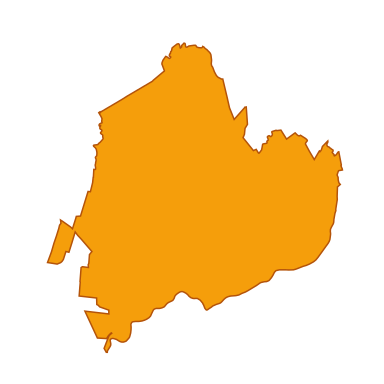 the district of Mosnita Noua, Timis, Romania, rotated 353°
{"feature_id": "2599482B38948960386804", "entity_name": "Mosnita Noua", "entity_type": "district", "adm_level": 2, "iso_a3": "ROU", "parent_name": "Romania", "parent_adm1": "Timis", "projection": "orthographic", "projection_center": [21.343, 45.72], "detail": "fine", "context": "isolated", "style": "filled", "palette": "amber", "viewbox_px": 384, "rotation_deg": 353, "n_neighbors": 0, "source": "geoboundaries", "source_scale": "gbopen_adm2", "svg_char_len": 5965}
<svg xmlns="http://www.w3.org/2000/svg" viewBox="0 0 384 384"><g transform="rotate(353 192 192)"><path d="M313.3,267.7L318.7,261.8L319.6,260.9L321.2,259.1L322.3,257.5L323.1,255.9L324.3,251.3L324.5,250.0L324.5,248.0L324.8,246.2L325.2,245.3L326.3,243.6L328.4,240.7L329.0,239.2L329.5,236.5L331.3,230.6L332.5,228.1L332.6,226.6L335.3,217.1L335.5,214.2L337.0,204.7L340.1,202.6L338.9,200.7L338.6,197.8L338.8,195.3L338.1,192.9L338.1,192.7L339.5,189.7L340.2,188.7L344.0,188.5L343.9,187.2L343.2,184.9L343.3,183.8L343.2,183.7L343.5,183.3L342.6,170.0L342.2,170.0L341.6,170.4L339.8,172.5L338.4,173.3L337.9,173.5L337.6,173.4L337.5,173.2L337.6,172.4L337.4,171.9L336.5,170.8L336.0,169.6L336.7,169.0L336.9,168.7L337.1,167.9L337.1,167.6L336.5,167.0L335.7,166.5L335.2,165.8L334.2,165.0L333.8,164.3L332.1,163.3L331.7,162.5L331.6,161.7L331.8,160.8L332.0,160.3L332.5,159.8L332.9,159.0L333.0,158.6L333.0,157.9L327.0,162.7L326.1,164.7L325.6,165.8L324.8,166.8L323.8,167.7L323.6,167.6L323.7,166.9L323.5,166.7L323.4,166.8L317.3,174.7L313.4,165.7L310.5,158.3L310.6,157.6L310.9,157.0L312.7,155.2L312.7,154.9L312.4,154.0L311.1,152.6L306.6,148.9L305.3,149.4L305.0,149.3L304.3,149.0L303.5,148.3L301.6,145.9L300.9,146.2L292.3,151.0L287.8,141.4L283.6,141.4L283.1,141.0L282.8,141.0L279.0,141.7L278.7,141.8L278.6,142.0L278.5,142.4L278.8,144.0L278.8,144.5L278.6,145.1L278.3,145.7L277.6,146.3L277.1,146.6L276.6,146.5L276.2,146.0L275.4,145.5L274.5,145.7L274.0,146.0L273.6,146.3L273.5,147.1L273.9,148.2L274.0,149.2L274.0,149.6L273.8,150.0L272.9,150.4L272.6,150.7L272.5,151.0L272.5,152.2L272.3,152.5L272.1,152.7L271.5,152.8L269.1,152.9L268.1,153.1L267.8,153.6L267.1,156.0L266.2,158.7L263.5,161.5L263.1,161.6L262.7,161.4L260.9,157.5L258.0,158.4L249.3,144.3L251.1,141.1L252.4,135.3L255.3,131.6L256.2,114.2L254.7,114.3L254.6,114.6L242.7,125.1L239.5,113.1L238.7,105.4L238.5,103.3L236.3,83.6L235.3,83.6L232.1,81.5L231.7,81.1L230.8,80.0L230.2,78.9L228.9,75.5L227.7,70.6L227.0,69.3L226.8,68.3L226.8,66.8L227.4,64.1L227.5,63.0L227.5,58.6L227.4,57.7L226.9,56.3L226.1,55.1L225.2,54.0L224.2,52.6L223.7,52.1L222.6,51.2L221.6,49.7L220.4,48.8L220.0,49.5L219.8,49.7L219.1,50.0L218.6,50.0L216.5,49.6L215.4,49.2L214.5,48.7L214.2,48.3L213.7,47.1L213.4,46.8L212.0,46.6L206.7,46.7L205.0,47.5L204.5,47.6L204.1,47.5L203.6,47.2L203.4,46.5L203.3,44.2L203.1,43.7L202.8,43.4L202.0,43.3L201.0,44.3L199.7,45.2L199.6,45.4L199.4,46.7L198.0,47.7L197.8,47.5L197.9,46.5L197.4,44.3L197.2,43.7L196.6,43.2L195.2,43.3L191.3,45.6L189.8,46.6L189.0,49.0L188.6,49.7L188.1,50.0L187.6,51.1L187.4,52.0L186.7,52.3L186.4,52.9L186.1,53.9L186.1,54.3L186.3,54.5L187.1,54.9L187.3,55.2L187.3,55.6L187.1,55.9L186.2,56.6L185.8,56.7L185.3,56.4L184.2,55.4L183.3,54.6L182.4,54.2L179.3,57.6L178.1,59.8L177.7,61.3L177.8,61.6L179.4,68.4L179.3,68.6L177.3,69.8L167.0,76.5L166.3,77.2L139.2,89.0L133.5,91.7L111.2,101.4L110.7,101.9L110.4,101.2L109.1,101.9L110.9,106.0L111.6,108.3L111.3,109.6L111.0,110.5L111.0,111.1L111.2,111.9L111.0,112.4L110.0,112.6L108.6,113.2L108.1,113.7L107.9,114.4L107.9,114.7L108.1,115.2L109.4,114.9L109.4,115.0L109.3,115.4L108.6,116.3L108.4,116.8L108.3,117.6L108.6,118.4L109.5,119.0L109.9,119.4L110.0,119.7L110.0,120.2L109.7,120.8L108.7,121.7L108.4,122.1L108.4,122.3L108.5,122.7L108.7,123.0L109.9,124.1L110.2,124.5L110.3,125.3L110.1,126.5L110.3,127.4L110.3,128.0L110.1,128.5L109.0,129.6L106.7,131.6L105.7,132.1L104.3,133.4L103.5,133.5L100.7,133.5L100.1,133.6L99.8,134.0L99.9,134.4L100.0,134.7L101.4,136.3L101.9,137.3L102.2,138.1L102.4,140.3L102.4,141.7L102.0,143.8L101.8,144.4L100.5,145.6L100.3,146.1L100.4,146.7L100.7,147.4L100.7,148.7L100.4,149.8L100.0,150.8L99.7,152.2L99.2,153.4L99.2,154.0L99.3,156.0L99.1,157.4L99.0,157.7L98.6,157.9L97.3,157.6L95.9,165.4L95.7,165.4L94.5,170.6L94.2,171.4L91.2,179.3L88.9,178.8L78.4,202.3L74.2,202.1L73.2,204.5L68.9,213.9L67.2,211.9L59.5,204.9L59.4,204.9L58.1,203.8L58.1,207.1L56.5,208.8L55.3,212.0L52.1,219.1L48.8,225.9L45.2,234.3L40.0,244.4L49.4,247.1L53.0,246.1L54.5,245.1L56.1,243.3L59.6,235.7L62.5,236.8L66.6,227.8L68.0,224.6L71.2,217.4L73.2,221.0L76.4,225.4L85.4,238.9L82.6,241.6L80.9,250.2L80.1,251.5L80.0,254.3L74.1,252.8L72.7,253.5L69.9,267.4L70.1,267.8L67.3,281.5L84.4,285.6L83.8,292.1L85.1,293.0L86.4,294.8L95.0,299.1L94.6,302.9L71.2,297.2L80.3,325.4L89.3,327.1L91.0,325.0L92.7,323.4L94.7,322.0L95.1,322.4L92.4,324.3L91.6,325.4L85.7,336.5L87.4,340.7L88.4,340.8L88.7,339.4L91.5,335.9L92.5,334.5L92.8,333.4L92.9,332.6L92.7,329.3L93.0,328.5L93.4,328.1L94.6,327.7L95.6,327.7L96.8,328.1L99.0,329.1L101.9,331.4L103.0,332.0L104.1,332.4L105.6,332.6L107.3,332.3L108.6,331.9L111.5,329.4L112.4,328.3L113.9,324.6L114.7,321.3L115.1,318.7L115.2,316.0L115.6,315.1L116.3,314.2L116.8,313.8L117.4,313.6L118.6,313.6L120.2,313.6L123.7,314.0L126.8,313.9L129.4,313.4L131.6,312.7L134.2,311.4L135.8,310.0L137.4,307.3L139.2,304.5L139.9,303.9L140.4,303.6L141.2,303.4L142.3,303.2L145.5,303.6L146.9,303.5L148.2,303.3L149.8,302.8L150.6,302.5L153.0,300.2L154.2,299.3L155.8,298.6L158.6,297.7L159.6,297.3L160.2,296.8L160.7,296.2L161.6,294.9L162.1,293.6L163.0,292.6L163.8,291.9L164.9,291.2L166.8,290.2L168.1,289.7L168.8,289.6L170.0,289.6L171.1,290.0L171.9,290.5L173.5,291.6L174.7,292.8L175.6,293.9L176.1,294.8L177.1,295.9L178.2,296.9L178.9,297.2L179.9,297.7L181.1,298.0L183.1,298.1L184.5,298.4L186.5,300.0L187.0,300.4L189.1,303.7L189.2,304.4L189.6,305.2L190.0,306.6L190.5,308.7L191.2,310.0L191.8,310.8L192.1,310.9L192.7,310.9L193.0,310.8L194.6,309.9L197.3,308.6L198.6,307.7L202.5,306.5L205.3,306.0L206.7,305.6L207.9,304.8L210.7,302.4L212.5,301.2L214.0,300.6L215.0,300.3L217.1,300.0L218.3,300.0L223.0,300.2L226.0,299.9L229.2,298.7L232.8,297.8L235.6,296.7L245.3,292.3L248.4,290.6L249.7,290.2L252.8,289.9L255.2,290.0L257.0,289.5L257.7,289.2L258.4,288.6L260.5,286.6L262.5,284.1L263.3,282.8L264.1,281.7L265.7,280.3L269.2,279.9L275.7,280.7L278.6,281.2L283.2,281.6L285.4,281.3L286.7,281.0L293.3,279.3L296.4,278.8L299.9,277.8L304.1,276.1L306.7,274.5L309.2,272.1L313.3,267.7Z" fill="#f59e0b" stroke="#b45309" stroke-width="1.5"/></g></svg>